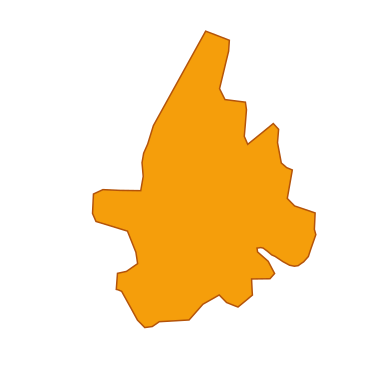 Qurin, Ash Sharqiyah, Egypt, rotated 144°
{"feature_id": "37247803B18399614023642", "entity_name": "Qurin", "entity_type": "district", "adm_level": 2, "iso_a3": "EGY", "parent_name": "Egypt", "parent_adm1": "Ash Sharqiyah", "projection": "mercator", "projection_center": [31.743, 30.611], "detail": "fine", "context": "isolated", "style": "filled", "palette": "amber", "viewbox_px": 384, "rotation_deg": 144, "n_neighbors": 0, "source": "geoboundaries", "source_scale": "gbopen_adm2", "svg_char_len": 1204}
<svg xmlns="http://www.w3.org/2000/svg" viewBox="0 0 384 384"><g transform="rotate(144 192 192)"><path d="M86.4,314.1L184.2,268.4L199.7,256.8L208.3,251.8L215.2,245.1L222.3,233.3L232.7,223.2L249.4,235.7L262.7,246.3L272.9,248.3L285.1,233.1L287.0,224.6L267.2,198.3L272.8,176.2L278.1,166.0L291.7,166.3L300.1,170.0L310.5,157.7L309.2,156.2L307.3,153.0L309.2,137.6L309.6,134.2L311.4,120.4L309.9,110.1L303.2,106.5L294.7,106.3L282.4,98.4L269.6,90.2L249.1,94.8L230.5,92.7L229.0,82.3L225.0,75.9L222.4,71.9L212.3,72.5L206.9,72.9L203.7,73.1L201.7,76.3L196.2,84.7L194.9,86.6L188.8,82.3L179.9,76.0L176.7,76.7L173.1,77.5L171.1,91.2L174.2,105.0L172.4,108.4L169.0,106.6L167.4,104.8L165.8,99.7L164.5,94.3L162.6,91.0L160.7,85.9L159.4,82.3L156.1,75.4L152.8,71.8L149.4,70.0L146.1,70.0L142.7,69.9L135.8,71.4L132.8,73.6L128.9,76.4L116.9,84.7L115.0,89.8L104.7,102.7L117.2,120.4L118.0,125.7L118.7,130.8L104.8,144.2L99.6,149.2L97.9,150.9L101.1,156.1L102.7,163.0L93.8,181.7L85.1,191.8L86.0,199.6L101.8,198.7L118.9,197.8L117.0,206.3L109.8,214.6L99.6,226.5L96.0,233.3L109.2,245.7L111.0,247.4L109.0,259.4L96.2,270.3L87.9,277.4L79.6,284.4L72.6,292.8L79.3,303.2L86.4,314.1Z" fill="#f59e0b" stroke="#b45309" stroke-width="1.5"/></g></svg>